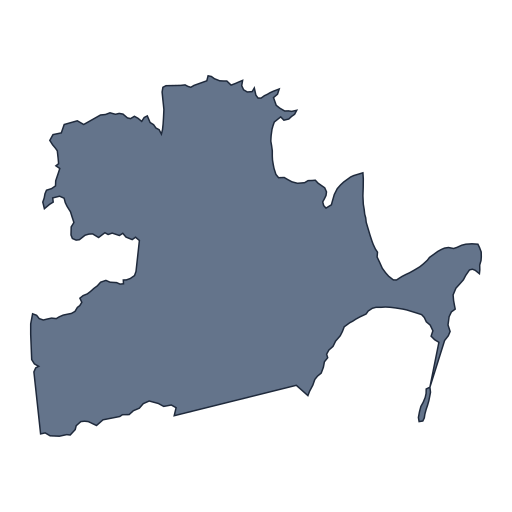 the district of Barra do Ribeiro, Rio Grande do Sul, Brazil
{"feature_id": "56859067B30618115493116", "entity_name": "Barra do Ribeiro", "entity_type": "district", "adm_level": 2, "iso_a3": "BRA", "parent_name": "Brazil", "parent_adm1": "Rio Grande do Sul", "projection": "natural_earth1", "projection_center": [-51.322, -30.367], "detail": "fine", "context": "isolated", "style": "filled", "palette": "slate", "viewbox_px": 512, "rotation_deg": 0, "n_neighbors": 0, "source": "geoboundaries", "source_scale": "gbopen_adm2", "svg_char_len": 4169}
<svg xmlns="http://www.w3.org/2000/svg" viewBox="0 0 512 512"><path d="M429.9,387.2L444.6,340.5L448.3,335.8L450.1,331.5L448.0,324.9L449.1,316.7L451.4,311.9L455.2,309.1L454.4,305.0L453.6,300.7L453.1,294.9L455.9,288.2L459.6,284.1L463.4,279.8L465.7,275.4L469.5,269.9L472.4,269.2L475.2,270.3L479.4,273.7L479.8,269.9L479.7,265.0L481.0,260.6L481.3,257.0L481.2,252.0L479.5,247.5L477.9,244.2L474.9,244.0L471.9,243.8L465.8,244.2L461.8,245.2L456.7,247.5L453.6,248.5L448.5,247.5L444.5,248.1L441.5,249.4L437.8,251.4L432.7,255.1L429.5,257.4L427.4,260.2L423.4,263.9L419.8,266.8L414.3,270.1L409.5,272.8L406.0,274.4L402.1,276.4L399.4,278.1L396.5,280.0L393.3,279.9L388.6,276.2L385.6,272.8L382.3,268.3L379.7,262.5L377.1,257.0L377.5,252.2L375.3,248.9L373.2,244.4L372.0,241.2L370.0,235.1L366.2,222.3L365.7,217.8L364.7,214.2L364.2,209.6L363.3,204.2L362.9,195.8L363.2,187.6L363.3,178.9L362.9,172.8L353.6,175.6L350.6,177.0L343.7,182.0L340.6,184.9L337.3,188.6L334.3,194.5L332.4,201.1L331.4,204.8L326.0,208.1L323.7,205.6L322.7,201.9L324.4,198.8L326.0,195.5L326.5,191.9L324.7,187.8L318.1,183.2L315.3,180.2L312.2,180.5L308.1,180.6L304.6,182.7L297.5,183.3L291.9,181.8L287.6,179.5L284.2,177.5L278.6,177.7L275.9,174.4L274.0,168.4L273.2,164.3L272.5,160.0L272.3,156.1L272.3,150.8L271.6,145.7L270.8,141.1L271.1,135.8L272.0,129.3L273.0,125.7L274.3,122.0L280.7,116.9L283.9,120.2L288.8,119.0L291.6,116.4L294.6,114.3L296.7,110.3L291.7,111.4L288.4,110.9L284.7,111.0L279.7,108.1L276.2,105.3L273.5,97.6L277.5,94.2L279.2,89.0L273.4,91.2L270.1,92.7L267.4,94.3L264.4,95.7L261.1,98.1L258.1,98.1L255.9,95.2L254.3,88.0L252.2,91.6L247.3,92.0L243.6,89.8L241.7,85.7L242.6,80.4L238.3,82.2L235.6,83.4L231.1,85.1L226.8,81.0L223.7,81.0L219.7,80.8L214.4,78.7L211.4,76.5L208.1,75.8L206.8,80.8L194.0,85.4L190.8,87.3L187.9,86.4L185.1,84.9L180.7,85.4L166.0,85.7L162.9,87.3L162.1,92.0L162.8,99.0L163.3,103.7L163.9,109.5L163.5,117.9L163.1,124.1L162.5,129.7L161.4,134.1L159.1,129.7L155.9,128.0L153.6,124.7L150.1,122.5L147.3,115.9L144.2,117.5L141.7,121.4L138.0,118.3L134.4,116.3L130.6,118.6L127.4,117.9L123.0,114.1L119.2,113.4L115.5,114.3L110.0,112.8L105.5,114.5L100.5,115.0L83.7,124.5L77.3,120.8L64.2,124.5L61.3,132.9L53.0,134.6L49.8,140.4L52.6,144.8L55.3,148.0L57.3,150.8L58.1,158.1L58.6,163.7L55.9,165.8L59.8,168.5L58.4,172.8L55.7,180.8L55.5,185.9L51.6,188.6L46.5,190.2L45.0,193.7L44.2,198.0L42.8,202.1L44.4,208.7L49.5,204.4L53.2,202.1L52.7,197.9L59.6,196.2L64.1,198.2L65.3,202.7L67.1,206.4L70.5,211.8L71.7,215.7L73.9,222.5L71.2,226.9L71.0,235.0L72.4,238.5L76.1,240.1L79.4,239.7L85.1,235.2L88.9,234.1L92.6,233.9L98.6,237.5L104.9,232.7L108.1,234.5L112.2,233.1L119.4,235.5L122.8,233.3L126.0,237.1L132.2,239.6L135.5,237.2L139.4,240.5L136.0,271.5L134.5,275.6L130.3,278.5L126.4,279.9L123.3,280.0L123.5,283.8L120.0,284.1L116.6,282.6L110.0,282.2L105.9,280.4L100.6,282.2L97.3,285.9L93.9,288.4L90.2,291.7L87.3,293.9L83.1,295.6L79.9,298.2L81.8,302.3L79.8,305.6L77.4,307.4L75.0,311.4L71.5,313.4L68.0,314.1L63.2,315.1L59.1,316.9L56.3,318.6L51.5,318.1L47.0,319.1L43.3,320.0L39.2,318.6L36.6,315.3L32.6,313.8L30.7,323.9L30.7,334.3L31.7,359.6L34.4,363.9L38.7,366.3L35.7,367.9L33.9,371.9L40.6,433.9L45.2,432.9L50.1,435.8L59.4,436.2L66.7,434.6L70.2,435.0L75.2,429.6L76.2,425.7L80.8,421.6L84.5,421.2L88.3,421.6L96.5,425.5L103.0,419.8L119.8,416.5L122.4,414.7L129.1,414.6L133.4,410.7L139.3,408.2L143.3,403.6L149.2,401.0L158.4,403.5L163.7,406.4L171.3,405.0L176.1,407.7L174.2,415.7L296.3,385.3L307.9,395.6L309.6,391.2L312.8,385.2L314.8,379.5L317.5,376.1L321.2,373.1L323.4,367.2L324.4,361.8L327.7,357.7L326.6,354.2L328.9,350.0L333.0,346.4L335.6,341.1L340.2,335.8L342.4,331.5L344.2,326.8L349.8,322.7L352.7,321.2L355.7,319.2L359.9,316.9L366.1,314.0L368.2,311.0L372.3,308.3L376.0,307.3L381.2,307.3L385.5,307.0L390.4,307.3L395.4,307.9L402.9,309.1L406.6,309.9L416.0,312.8L421.6,314.6L424.3,317.5L426.3,321.8L430.2,325.1L432.9,330.8L431.1,336.2L434.6,339.7L438.9,342.3L429.9,387.2ZM429.9,387.2L426.2,389.0L426.1,393.5L425.2,397.5L423.2,402.3L420.9,406.4L419.5,411.7L418.4,417.5L419.1,421.6L422.8,421.0L424.3,417.9L424.9,414.0L426.2,409.2L427.5,405.4L428.8,400.9L429.7,396.4L430.5,392.2L429.9,387.2Z" fill="#64748b" stroke="#1e293b" stroke-width="1.5"/></svg>